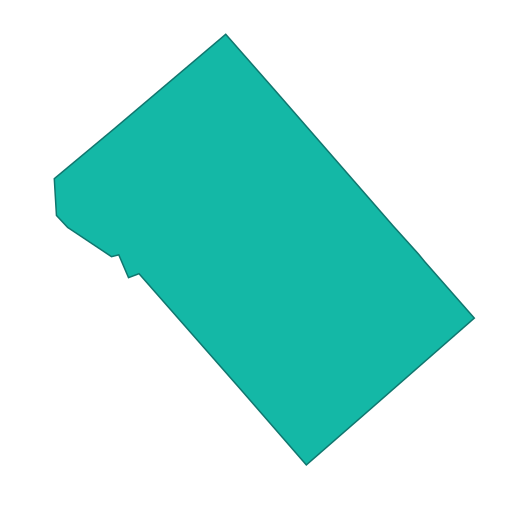 Franklin, Mississippi, United States of America (Albers equal-area conic projection), rotated 49°
{"feature_id": "52423323B97407151829576", "entity_name": "Franklin", "entity_type": "district", "adm_level": 2, "iso_a3": "USA", "parent_name": "United States of America", "parent_adm1": "Mississippi", "projection": "albers", "projection_center": [-90.954, 31.466], "detail": "fine", "context": "isolated", "style": "filled", "palette": "teal", "viewbox_px": 512, "rotation_deg": 49, "n_neighbors": 0, "source": "geoboundaries", "source_scale": "gbopen_adm2", "svg_char_len": 404}
<svg xmlns="http://www.w3.org/2000/svg" viewBox="0 0 512 512"><g transform="rotate(49 256 256)"><path d="M110.9,379.4L161.7,365.5L165.1,358.8L188.7,366.4L192.6,355.9L346.8,355.1L446.7,355.1L446.6,273.9L446.1,132.0L370.7,132.4L361.4,132.1L322.8,132.8L144.8,133.0L88.0,133.3L68.8,133.4L66.9,281.3L66.7,290.8L65.3,357.5L94.5,380.0L110.9,379.4Z" fill="#14b8a6" stroke="#0f766e" stroke-width="1.5"/></g></svg>